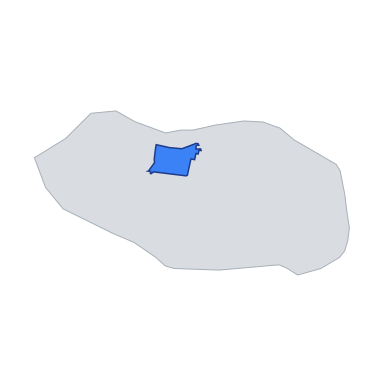 71, Umm Salal, Qatar shown in context, rotated 277°
{"feature_id": "91078587B67880775667160", "entity_name": "71", "entity_type": "district", "adm_level": 2, "iso_a3": "QAT", "parent_name": "Qatar", "parent_adm1": "Umm Salal", "projection": "orthographic", "projection_center": [51.367, 25.463], "detail": "fine", "context": "in_parent", "style": "filled", "palette": "blue", "viewbox_px": 384, "rotation_deg": 277, "n_neighbors": 0, "source": "geoboundaries", "source_scale": "gbopen_adm2", "svg_char_len": 1092}
<svg xmlns="http://www.w3.org/2000/svg" viewBox="0 0 384 384"><g transform="rotate(277 192 192)"><path d="M207.6,344.1L191.0,348.2L175.4,352.6L162.5,352.5L152.0,350.7L145.1,346.4L131.8,329.3L122.5,307.0L128.3,294.7L130.3,287.0L117.8,228.5L113.9,183.6L115.4,174.4L122.8,163.9L134.9,140.5L141.4,118.0L159.6,66.0L178.8,46.0L206.8,31.4L229.8,60.1L257.8,82.1L263.2,106.6L254.9,126.6L247.4,158.5L252.0,173.1L253.7,185.8L261.3,207.1L268.8,234.7L270.1,253.9L266.1,271.7L256.3,286.7L237.0,331.7L231.2,336.4L207.6,344.1Z" fill="#d9dde1" stroke="#a8b0b8" stroke-width="1"/><path d="M240.7,192.2L240.7,190.0L237.0,183.1L233.7,176.6L233.5,170.5L233.3,164.5L233.8,159.3L234.6,150.7L230.8,150.5L220.4,150.5L216.5,151.2L207.8,146.4L207.4,145.8L207.4,146.6L207.4,148.4L205.3,148.4L205.3,149.4L207.3,151.3L207.3,167.9L207.3,171.4L207.3,184.2L208.2,185.4L216.4,186.1L216.8,186.2L224.7,186.9L224.4,190.7L230.7,191.2L230.5,193.5L234.0,193.8L234.3,196.0L235.4,195.6L235.9,194.8L235.3,192.8L235.2,190.6L238.2,190.5L239.3,191.7L239.3,193.0L240.7,192.2Z" fill="#3b82f6" stroke="#1e3a8a" stroke-width="1.5"/></g></svg>